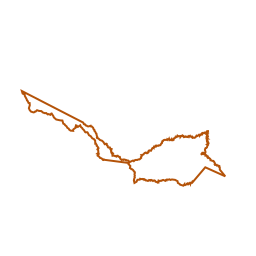 El Paujil, Caquetá, Colombia (Albers equal-area conic projection), rotated 308°
{"feature_id": "7082276B38512916070217", "entity_name": "El Paujil", "entity_type": "district", "adm_level": 2, "iso_a3": "COL", "parent_name": "Colombia", "parent_adm1": "Caquetá", "projection": "albers", "projection_center": [-75.204, 1.773], "detail": "fine", "context": "isolated", "style": "outline", "palette": "amber", "viewbox_px": 256, "rotation_deg": 308, "n_neighbors": 0, "source": "geoboundaries", "source_scale": "gbopen_adm2", "svg_char_len": 5902}
<svg xmlns="http://www.w3.org/2000/svg" viewBox="0 0 256 256"><g transform="rotate(308 128 128)"><path d="M88.3,128.8L100.9,150.1L100.4,150.1L99.9,150.5L100.0,151.3L99.7,151.6L99.5,153.2L97.6,154.2L97.8,155.3L97.6,156.0L98.0,156.5L98.0,158.0L97.6,158.9L97.6,160.1L97.1,160.4L96.9,161.1L95.6,161.5L94.6,162.8L93.9,162.9L93.1,163.9L92.4,163.9L91.0,164.5L90.7,165.0L90.2,165.0L88.7,166.9L90.9,167.8L93.0,167.3L94.4,168.9L95.3,168.8L95.3,169.3L95.7,169.4L96.2,170.3L96.7,170.7L96.8,171.4L97.2,171.5L97.5,172.1L97.4,172.3L97.6,172.3L97.6,173.2L97.8,173.2L97.9,173.6L97.6,174.1L97.7,174.6L98.2,175.0L98.5,176.2L99.0,176.6L99.9,176.6L100.2,177.7L100.7,177.5L101.3,178.2L101.1,178.6L101.6,179.0L101.6,180.3L102.8,180.8L103.1,181.7L102.6,182.8L103.1,183.7L103.2,185.1L103.7,185.5L104.0,185.0L105.4,184.4L105.8,185.8L106.6,186.2L107.1,187.0L108.0,187.1L108.8,187.8L109.3,189.9L110.1,189.9L110.4,190.5L110.9,190.1L111.4,190.4L112.0,191.5L113.1,192.3L113.2,193.4L114.5,194.3L116.1,197.0L116.6,199.8L115.4,201.1L115.7,203.2L115.4,204.0L116.7,207.1L117.6,207.1L117.3,207.3L117.9,207.6L118.1,208.1L119.8,208.9L120.0,208.7L120.2,209.1L121.1,209.0L121.6,209.8L121.2,210.2L122.7,210.5L122.4,211.2L122.7,211.0L123.0,211.6L123.8,211.5L124.1,212.0L125.2,211.8L125.0,212.3L144.6,213.1L149.8,234.4L151.7,226.0L153.4,224.6L153.4,223.8L153.9,223.8L154.3,223.4L154.0,222.4L153.2,221.4L153.5,220.9L153.1,220.7L153.2,220.0L152.7,219.5L153.1,219.3L153.0,218.6L153.5,218.6L154.5,216.5L154.3,216.1L154.6,215.5L154.2,215.0L153.7,213.7L153.8,213.2L153.4,212.8L154.3,211.8L154.3,209.7L153.6,209.5L153.6,209.1L153.9,208.4L154.7,208.2L154.4,207.1L154.7,206.9L154.7,206.3L154.1,206.0L154.6,205.6L154.4,205.3L154.7,205.0L154.4,203.7L153.8,203.5L153.1,202.4L151.8,201.7L152.8,202.0L154.2,201.8L154.8,202.4L155.1,203.5L156.0,204.1L156.8,203.9L158.1,202.1L159.3,201.6L159.9,201.5L160.4,202.0L161.5,202.1L162.8,201.5L163.8,201.5L163.7,200.5L163.9,200.6L164.1,200.4L164.6,200.5L164.9,200.8L165.5,200.8L165.5,200.2L165.9,200.3L166.1,200.0L165.7,199.7L165.9,198.6L166.5,198.1L167.0,198.3L167.2,197.8L167.0,197.6L167.2,197.4L167.4,197.6L167.7,197.0L168.0,197.2L168.4,196.5L168.6,196.8L168.6,196.4L169.0,196.5L169.3,195.9L169.6,196.3L170.0,196.3L170.0,195.9L170.5,196.2L170.9,195.6L170.8,195.0L171.3,194.9L171.3,194.6L171.6,194.9L171.9,194.6L171.5,194.3L172.4,193.4L172.2,193.1L172.4,193.0L172.7,193.3L172.7,193.0L173.3,193.4L173.7,193.3L174.2,193.5L174.8,192.9L174.4,192.5L173.9,192.6L173.7,192.2L172.7,192.4L172.2,192.2L171.7,191.3L171.1,191.4L170.6,191.0L170.2,190.3L170.3,190.0L169.5,189.5L169.2,189.6L169.0,190.2L168.4,190.4L167.9,189.7L167.1,189.5L167.2,189.1L166.5,189.1L166.8,188.6L166.6,188.3L166.1,188.6L166.2,188.3L166.0,188.0L164.4,187.6L164.1,187.4L164.1,186.7L162.2,186.9L161.6,186.5L161.3,186.5L160.9,185.6L160.0,185.1L160.0,184.6L160.4,184.7L160.8,183.8L160.2,183.2L159.9,182.0L159.6,182.0L159.9,181.6L158.7,181.1L158.7,180.7L157.8,180.9L157.6,180.2L157.2,180.0L157.0,178.9L156.7,178.5L156.3,178.6L155.7,178.1L155.9,177.9L155.2,177.6L155.4,176.5L155.8,176.2L155.7,175.6L155.4,175.7L154.8,175.1L154.8,175.4L154.0,174.8L153.2,174.8L153.5,174.5L153.3,173.6L152.4,172.5L152.4,171.9L151.8,172.2L151.2,171.5L151.1,171.8L150.8,171.5L150.4,171.6L149.8,171.0L149.3,171.2L148.1,170.6L147.0,170.7L146.8,171.2L145.9,170.9L145.5,170.2L146.0,169.4L145.4,169.5L145.1,168.9L144.8,169.0L144.6,168.1L144.1,168.0L144.7,167.1L144.3,167.2L144.4,166.9L143.5,166.6L143.4,165.9L143.0,166.1L143.0,165.9L142.1,165.5L141.4,164.3L140.3,163.5L139.3,163.6L138.9,163.2L137.3,163.9L137.2,163.7L136.7,164.0L135.7,163.8L134.4,164.1L133.6,163.5L133.4,163.0L132.4,162.7L131.9,161.5L130.8,161.5L130.8,160.7L130.0,160.9L129.4,160.0L128.8,160.5L128.1,160.2L127.9,160.4L127.8,159.9L127.2,159.6L124.2,160.1L123.8,159.1L123.4,158.9L123.4,158.6L122.9,158.3L122.0,158.5L121.7,159.0L120.5,158.9L120.4,158.5L119.7,158.4L119.4,157.7L119.6,157.1L118.8,156.6L117.9,156.4L116.6,156.5L115.6,155.7L115.1,155.9L114.8,155.4L114.6,155.8L113.8,156.2L113.0,156.1L112.5,156.8L110.3,156.4L109.6,155.5L108.4,154.9L107.8,153.9L106.8,153.2L105.5,153.0L105.6,152.3L105.2,151.8L102.6,150.5L102.3,149.6L102.5,148.3L101.6,146.7L101.6,146.2L101.2,145.9L101.2,145.1L100.7,144.2L100.0,144.0L100.0,143.4L98.9,142.7L99.1,140.7L100.2,139.3L99.6,138.4L99.8,137.0L98.4,136.5L98.6,135.7L97.9,135.3L97.6,133.9L96.7,133.0L97.2,132.7L97.1,132.3L97.4,132.0L98.5,131.9L98.2,130.9L98.9,130.7L98.8,130.0L98.3,130.5L98.7,129.5L99.9,128.4L100.7,128.4L101.3,128.0L100.5,127.1L101.2,126.4L101.5,125.6L100.5,124.6L100.7,123.6L101.5,122.8L101.4,121.9L102.4,121.0L102.2,120.4L100.9,119.6L101.8,117.3L102.0,115.4L101.3,113.3L101.5,111.4L101.1,109.6L101.4,109.3L102.0,109.4L102.8,108.0L104.1,106.6L104.0,106.2L105.0,104.3L105.1,103.2L105.8,102.7L105.9,101.5L106.7,100.4L106.9,98.5L106.4,97.8L106.8,97.2L105.0,96.0L104.4,95.0L104.4,93.8L104.0,93.2L104.4,91.7L104.0,91.3L103.9,90.8L104.7,89.4L91.8,21.6L90.3,23.7L90.4,24.6L91.0,25.7L89.8,26.9L88.1,30.8L87.5,31.4L87.6,32.1L86.5,34.2L87.1,35.1L85.5,36.6L82.6,37.7L81.6,39.5L81.2,41.5L82.1,43.9L82.5,44.3L83.7,44.6L84.0,45.1L85.9,45.3L86.1,45.6L86.6,47.2L88.0,49.4L87.8,51.3L88.5,53.4L89.4,54.3L89.3,56.4L90.1,56.9L90.6,58.7L92.0,58.6L92.4,58.9L91.3,62.1L90.7,63.0L90.5,66.2L92.3,69.9L93.5,71.7L91.6,74.3L91.9,75.7L91.5,76.7L91.5,78.5L90.8,80.1L91.0,81.7L90.5,82.6L90.6,84.4L92.0,86.5L92.4,86.0L93.3,85.8L96.2,86.6L96.7,85.9L98.1,85.4L98.3,86.2L97.8,87.3L97.9,87.8L100.7,88.7L99.8,90.3L99.8,91.9L99.4,92.6L99.2,94.6L98.4,96.8L98.5,97.4L99.5,98.3L99.6,98.9L98.3,101.7L98.6,103.7L97.9,106.1L98.3,108.3L97.9,109.2L98.0,109.7L95.6,111.8L96.0,112.1L95.2,114.1L94.7,114.2L94.5,115.8L94.0,117.1L93.1,116.9L92.7,117.3L92.3,117.3L92.4,117.9L90.3,119.9L89.3,119.7L89.7,120.4L89.6,120.9L89.0,120.8L88.6,121.1L88.0,120.7L87.5,121.0L87.6,123.4L87.2,124.4L87.7,125.5L87.8,126.3L87.4,127.8L87.6,128.2L88.1,128.0L88.4,128.2L88.3,128.8Z" fill="none" stroke="#b45309" stroke-width="2"/></g></svg>